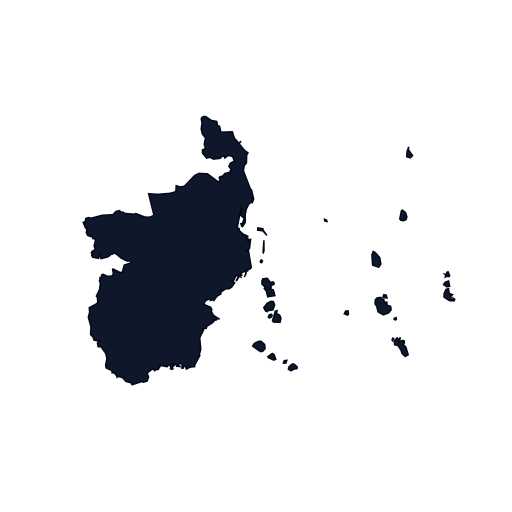 Kota Makassar, Sulawesi Selatan, Indonesia, rotated 158°
{"feature_id": "22746128B73854317646589", "entity_name": "Kota Makassar", "entity_type": "district", "adm_level": 2, "iso_a3": "IDN", "parent_name": "Indonesia", "parent_adm1": "Sulawesi Selatan", "projection": "mercator", "projection_center": [119.406, -5.12], "detail": "fine", "context": "isolated", "style": "filled", "palette": "ink", "viewbox_px": 512, "rotation_deg": 158, "n_neighbors": 0, "source": "geoboundaries", "source_scale": "gbopen_adm2", "svg_char_len": 6146}
<svg xmlns="http://www.w3.org/2000/svg" viewBox="0 0 512 512"><g transform="rotate(158 256 256)"><path d="M407.9,316.0L402.9,312.8L400.6,315.7L400.6,311.5L393.3,310.7L389.8,311.8L385.5,311.4L382.1,305.1L378.1,300.3L376.5,299.1L374.6,299.1L374.1,296.5L381.6,296.9L386.0,291.0L388.3,291.7L393.3,297.5L394.0,297.3L394.9,292.9L396.9,291.4L401.4,292.8L404.5,296.3L406.4,296.2L406.7,294.3L408.8,294.5L409.2,292.7L410.3,292.2L410.8,287.0L411.5,287.3L413.5,283.6L419.0,278.6L418.5,277.5L419.9,272.5L421.4,271.5L430.0,270.5L431.3,266.2L434.4,262.1L435.5,252.2L438.8,245.1L437.5,241.9L437.7,238.7L433.4,235.7L435.7,234.6L436.3,231.0L433.7,230.0L431.8,221.9L432.6,216.9L436.3,211.1L436.9,208.4L432.6,203.7L433.2,201.5L431.4,201.0L429.9,196.8L430.3,195.6L428.8,195.9L425.4,193.4L423.5,188.3L419.5,185.5L419.1,183.0L409.6,182.4L408.1,182.2L407.8,181.2L403.9,180.8L401.0,183.9L400.8,188.3L394.9,189.9L393.2,189.7L393.1,187.7L389.9,188.1L389.4,187.4L385.4,190.2L379.8,186.6L378.1,187.7L377.0,187.3L376.5,185.0L377.6,183.5L376.2,182.3L375.2,182.6L375.3,184.7L373.2,184.9L373.8,186.8L370.8,185.3L370.8,183.4L367.9,182.0L368.6,184.6L367.2,185.3L365.1,183.2L366.7,179.6L365.4,179.4L364.6,181.3L362.9,179.8L362.9,177.2L358.9,177.7L354.3,176.4L353.6,178.0L345.3,184.8L345.4,186.0L342.2,190.1L338.8,201.3L332.5,206.9L332.5,208.4L329.2,207.6L327.8,209.3L320.9,210.5L318.5,212.1L317.0,211.5L315.5,212.5L313.5,211.1L317.7,216.9L318.2,221.2L317.0,223.0L317.2,225.4L322.6,230.8L319.7,233.4L315.0,233.7L313.4,232.7L314.6,232.7L315.0,231.8L312.1,231.7L311.8,230.5L307.3,233.3L302.7,234.0L301.1,237.5L300.2,236.0L296.6,236.9L292.8,235.7L290.0,236.4L285.2,239.5L285.9,239.1L287.7,242.0L286.1,241.5L282.5,244.8L281.1,245.3L279.8,243.1L281.5,242.4L281.3,242.1L282.8,241.3L283.8,240.0L279.1,243.4L278.0,242.3L278.1,243.4L276.4,243.5L276.9,245.3L272.2,246.3L271.6,244.1L274.7,240.7L271.4,244.0L271.5,246.0L270.2,245.4L269.5,246.2L269.2,244.8L269.0,246.3L265.8,246.3L264.6,247.4L261.0,263.8L262.7,263.5L262.5,264.6L259.3,265.3L254.8,273.4L256.9,273.8L257.8,272.9L257.7,274.5L256.8,274.4L256.0,274.4L257.6,274.8L257.6,276.8L256.3,276.9L256.3,277.2L257.6,276.9L256.9,278.3L259.6,280.9L262.0,286.0L261.3,287.7L263.0,288.9L253.9,303.1L252.4,304.2L252.2,306.3L251.3,304.6L255.2,300.2L252.9,295.2L256.6,291.1L257.9,291.6L258.2,289.1L257.4,288.3L253.4,291.2L250.4,298.6L247.4,303.1L243.3,306.8L240.1,307.7L238.0,310.9L237.3,310.3L239.9,306.3L236.8,309.8L235.4,319.3L236.1,319.6L235.8,339.6L233.2,344.1L230.0,345.9L226.8,353.2L224.8,354.6L227.0,358.2L229.6,366.5L226.8,368.0L229.7,367.1L231.9,373.5L231.4,380.0L242.2,384.0L241.2,390.1L242.8,390.9L242.0,395.5L246.7,398.5L250.1,403.7L251.9,405.0L254.2,404.7L255.4,403.8L256.2,399.5L259.2,394.4L260.0,389.1L258.6,384.3L262.2,379.0L262.5,374.6L266.0,374.4L267.0,371.2L265.1,365.2L261.8,364.9L259.2,361.8L252.8,360.0L249.5,361.3L248.3,360.6L248.2,358.5L244.2,359.7L240.4,357.1L240.5,352.1L245.0,351.7L247.6,349.2L246.3,345.0L248.0,344.7L248.0,343.4L254.1,344.1L257.9,342.1L258.4,343.0L260.3,342.8L261.0,341.8L260.2,340.6L263.0,338.4L270.2,350.4L278.0,354.0L282.8,353.6L296.3,347.5L300.4,348.4L303.6,351.1L306.2,345.7L312.1,346.3L324.1,350.0L332.2,354.0L335.5,331.1L335.7,332.0L339.7,331.7L344.4,333.7L351.7,340.5L352.9,340.2L361.3,344.4L363.1,346.7L364.9,347.1L365.5,349.2L369.1,349.8L373.2,347.9L383.4,351.4L394.7,352.8L396.9,354.4L399.9,354.5L401.0,352.1L403.6,351.8L403.5,345.5L402.6,344.3L404.6,341.2L404.4,338.2L401.9,335.8L400.3,335.6L400.8,333.3L398.4,332.1L399.1,331.3L398.2,330.4L399.2,330.2L402.3,326.0L402.6,322.2L406.0,321.8L407.5,320.6L406.5,318.7L407.5,319.0L408.1,318.1L407.9,316.0ZM162.9,164.5L163.7,158.5L160.0,153.7L154.3,153.6L150.9,155.5L150.0,158.9L152.9,161.2L152.0,164.3L154.4,164.8L153.8,167.7L155.6,168.8L155.8,170.9L159.5,171.8L161.7,170.8L163.6,167.0L162.9,164.5ZM260.4,213.8L253.4,212.2L252.9,215.3L252.7,218.2L255.8,220.4L253.9,220.8L253.2,222.8L249.7,223.1L249.4,224.7L249.8,225.6L252.5,226.0L253.9,231.1L258.1,232.3L259.7,230.9L261.0,227.7L259.1,223.4L260.5,222.8L259.6,219.6L260.4,213.8ZM155.3,107.0L151.9,107.4L151.2,115.4L152.6,119.1L151.0,119.8L150.3,121.6L151.6,122.8L155.3,122.9L152.6,126.4L155.0,125.3L155.9,127.3L159.9,125.3L160.7,121.7L158.0,120.0L156.8,114.5L157.1,111.0L155.3,107.0ZM145.6,216.3L148.1,213.7L151.3,203.8L146.4,199.6L143.2,201.8L141.9,208.2L144.2,214.7L145.6,216.3ZM290.2,175.6L292.9,173.7L287.7,165.7L285.5,165.1L282.3,166.7L281.1,170.7L283.3,175.1L285.7,175.9L290.2,175.6ZM265.9,200.9L260.5,199.7L257.0,203.7L257.0,207.3L259.0,208.4L263.2,208.0L268.1,205.3L267.8,201.5L266.5,200.2L265.9,200.9ZM93.3,142.1L89.1,140.2L87.9,141.5L89.0,143.1L89.1,141.4L91.4,142.3L90.3,145.9L88.3,146.5L90.9,149.1L89.7,153.6L92.2,153.9L95.6,150.8L97.1,147.5L93.3,142.1ZM258.8,197.6L265.0,189.7L264.5,188.2L258.6,185.5L256.3,188.6L256.1,191.5L256.7,193.2L258.7,194.5L257.0,197.5L258.8,197.6ZM106.3,233.5L103.3,233.5L101.4,235.9L101.1,240.3L103.1,243.7L104.3,243.4L108.8,236.5L108.4,235.0L106.3,233.5ZM262.6,136.9L260.2,136.2L259.4,137.7L261.1,141.4L262.6,142.3L266.8,141.0L268.4,138.9L266.6,136.5L262.6,136.9ZM282.7,157.2L278.5,152.8L276.4,152.8L276.2,157.9L277.4,159.5L282.7,158.3L282.7,157.2ZM79.1,291.6L76.1,289.2L73.2,290.4L74.9,297.4L73.6,300.0L76.9,296.1L79.1,291.6ZM90.5,155.9L87.8,155.4L86.8,160.7L90.5,160.8L92.8,159.2L90.5,155.9ZM193.5,171.4L195.8,169.3L193.2,166.9L192.0,167.6L191.1,170.5L193.5,171.4ZM86.9,165.8L84.8,164.6L83.8,165.1L83.8,169.4L85.0,169.5L86.7,167.6L87.8,168.4L87.3,167.0L88.4,165.6L86.9,165.8ZM240.2,276.8L238.2,271.0L239.8,277.6L239.3,278.6L243.7,281.4L244.8,279.3L240.2,276.8ZM152.0,172.3L153.9,169.9L150.2,168.0L149.9,171.0L152.0,172.3ZM265.6,196.6L267.5,194.7L266.9,193.5L264.7,193.7L263.3,194.9L263.5,196.2L265.6,196.6ZM269.0,148.4L270.7,146.4L268.5,145.5L266.5,147.7L269.0,148.4ZM242.8,267.6L248.1,256.7L248.0,256.3L246.7,257.7L242.8,267.6ZM151.1,146.5L151.7,145.5L150.6,144.4L149.6,144.7L149.1,146.3L151.1,146.5ZM178.7,264.4L179.2,262.9L177.3,261.4L177.1,262.8L178.7,264.4ZM160.0,128.6L161.3,127.2L161.1,126.4L159.3,128.0L160.0,128.6ZM253.2,247.7L251.8,249.1L252.7,250.4L254.1,249.3L254.2,248.3L253.2,247.7Z" fill="#0f172a" stroke="#020617" stroke-width="1.5"/></g></svg>